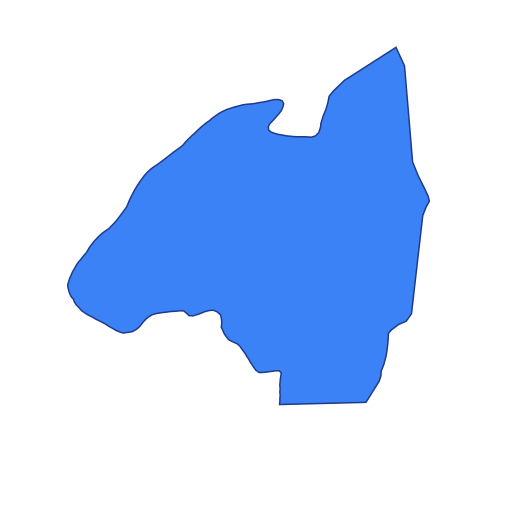 Jahaf, Al Dali', Yemen (Equal Earth projection), rotated 256°
{"feature_id": "15242507B12481598225051", "entity_name": "Jahaf", "entity_type": "district", "adm_level": 2, "iso_a3": "YEM", "parent_name": "Yemen", "parent_adm1": "Al Dali'", "projection": "equal_earth", "projection_center": [44.673, 13.731], "detail": "fine", "context": "isolated", "style": "filled", "palette": "blue", "viewbox_px": 512, "rotation_deg": 256, "n_neighbors": 0, "source": "geoboundaries", "source_scale": "gbopen_adm2", "svg_char_len": 2922}
<svg xmlns="http://www.w3.org/2000/svg" viewBox="0 0 512 512"><g transform="rotate(256 256 256)"><path d="M106.2,242.9L87.4,327.3L104.7,345.2L109.4,348.2L114.1,349.6L116.6,351.5L120.0,353.9L123.1,355.6L126.2,357.3L129.2,358.8L132.1,360.0L135.6,361.3L138.5,362.5L142.1,363.7L146.1,364.9L149.1,365.9L151.7,369.8L155.1,377.9L156.4,386.0L162.4,392.9L194.4,404.9L254.9,427.6L262.2,432.8L267.4,437.5L272.5,437.5L281.6,435.7L294.5,432.8L309.4,430.7L358.7,438.7L404.6,446.1L424.6,442.3L416.7,418.9L411.6,403.8L405.0,384.2L397.3,370.9L393.3,365.6L392.8,365.3L389.2,363.7L386.3,362.2L383.2,360.4L380.5,358.7L378.0,356.8L375.3,354.9L372.1,353.0L368.9,351.0L365.9,350.0L363.1,348.4L360.5,346.6L358.2,343.0L357.9,338.5L359.0,335.1L360.4,330.4L361.4,325.9L362.8,321.4L364.0,318.0L365.3,314.5L367.0,310.8L368.4,307.5L370.4,303.9L372.6,300.6L375.2,298.8L378.5,299.2L381.0,301.4L383.1,304.8L385.4,308.2L387.5,311.3L389.5,314.0L391.7,316.4L394.4,318.3L397.1,319.7L400.5,318.8L402.5,315.3L403.3,311.7L403.5,307.4L403.5,303.6L403.7,299.9L404.1,295.9L404.3,291.9L404.7,288.2L405.4,284.2L405.9,279.9L405.8,276.1L405.8,271.5L405.5,267.2L405.2,262.9L404.3,258.4L403.4,254.8L401.9,250.8L400.3,246.9L398.6,243.7L397.3,240.1L395.7,236.6L394.1,233.4L392.1,229.8L390.1,226.3L388.1,222.6L386.0,219.0L383.7,215.2L381.5,212.3L379.8,208.9L378.4,205.3L377.0,201.8L375.1,197.5L373.5,193.9L371.8,190.0L370.2,186.2L368.6,182.3L367.4,178.7L365.8,174.9L363.4,170.6L361.3,167.4L358.7,164.3L355.9,160.9L353.5,158.3L351.1,155.9L348.4,153.2L346.0,151.2L343.5,148.9L340.1,146.2L337.5,144.3L334.8,142.3L332.7,139.7L330.4,137.0L327.5,133.4L325.0,130.3L322.2,126.4L320.1,122.9L318.2,119.9L316.8,116.1L315.3,112.3L313.4,108.7L311.6,105.8L309.4,102.4L307.1,99.5L304.6,96.4L302.2,94.2L300.0,91.8L297.9,88.7L294.8,84.8L292.9,82.0L290.6,79.5L287.8,76.9L285.1,74.2L281.6,71.5L279.1,69.6L276.3,67.9L273.6,66.3L270.7,65.9L267.8,65.9L264.3,66.2L261.2,66.8L258.2,68.4L255.2,68.7L251.8,69.9L248.5,71.9L245.1,73.6L241.9,76.4L239.0,79.2L236.8,81.9L233.2,85.6L230.8,88.5L228.6,91.1L225.8,94.0L223.0,96.6L220.6,99.2L217.8,102.0L215.4,105.1L213.4,108.4L213.0,112.3L212.5,117.3L213.5,121.6L215.0,124.9L217.2,128.0L219.3,130.7L221.3,133.8L223.0,137.2L224.1,141.0L224.3,144.8L224.0,149.2L223.3,154.9L222.8,159.4L222.0,163.9L221.3,168.4L220.3,172.5L217.4,174.7L214.4,176.5L213.2,180.2L213.4,185.2L213.8,189.2L214.4,193.0L214.4,197.3L213.8,201.2L211.6,204.4L207.6,207.3L204.5,207.3L201.3,207.0L198.1,206.2L195.4,205.1L192.4,205.7L189.1,206.2L186.2,207.1L181.8,209.0L179.4,211.4L177.3,214.1L174.8,217.0L172.2,218.6L169.5,219.6L166.1,221.0L163.3,222.2L160.4,222.9L157.7,224.0L154.3,224.8L151.1,226.0L148.2,227.0L145.3,228.2L142.2,230.8L141.3,234.6L140.8,238.4L140.3,243.0L139.9,246.8L139.0,250.9L136.3,252.2L133.5,251.0L130.6,249.8L127.7,248.8L124.8,247.8L121.7,247.4L118.1,246.2L115.1,245.8L112.3,244.8L109.5,244.1L106.2,242.9Z" fill="#3b82f6" stroke="#1e3a8a" stroke-width="1.5"/></g></svg>